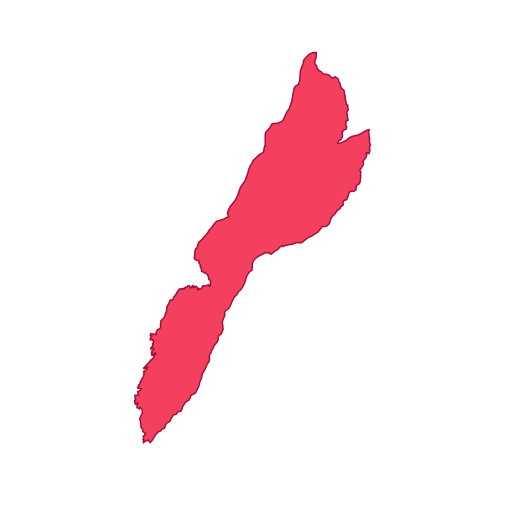 the district of Los Patios, Norte de Santander, Colombia, rotated 198°
{"feature_id": "7082276B52790830611795", "entity_name": "Los Patios", "entity_type": "district", "adm_level": 2, "iso_a3": "COL", "parent_name": "Colombia", "parent_adm1": "Norte de Santander", "projection": "equal_earth", "projection_center": [-72.512, 7.753], "detail": "fine", "context": "isolated", "style": "filled", "palette": "rose", "viewbox_px": 512, "rotation_deg": 198, "n_neighbors": 0, "source": "geoboundaries", "source_scale": "gbopen_adm2", "svg_char_len": 6073}
<svg xmlns="http://www.w3.org/2000/svg" viewBox="0 0 512 512"><g transform="rotate(198 256 256)"><path d="M261.5,468.2L265.0,466.9L267.9,464.2L271.0,457.6L271.0,455.6L270.6,454.2L270.6,452.6L270.9,450.6L270.9,445.2L268.8,437.1L268.6,433.0L268.9,432.1L271.0,429.6L271.6,427.2L269.8,413.9L269.9,406.6L271.3,401.7L272.2,393.6L272.7,392.3L276.2,389.1L281.5,386.8L281.9,385.6L282.5,382.1L284.8,377.2L285.0,375.2L281.7,364.9L281.7,361.7L281.0,357.6L281.6,356.2L283.3,354.5L284.7,352.5L288.3,345.6L288.6,342.8L289.5,339.3L289.7,335.6L289.4,332.5L289.6,324.8L292.0,316.4L292.2,308.1L292.7,303.8L294.7,297.8L295.8,295.5L296.5,290.2L296.4,287.7L294.1,284.9L296.2,283.2L298.6,280.6L304.1,276.9L305.8,273.4L307.0,269.3L308.6,266.0L309.0,263.7L310.5,259.6L312.3,255.5L314.5,251.6L314.9,250.3L314.6,245.7L315.5,244.4L315.5,241.5L314.5,237.5L314.4,236.1L313.7,234.5L312.6,233.7L308.6,233.6L308.3,232.2L305.9,229.8L305.6,228.4L303.6,226.4L303.4,225.0L302.9,224.5L301.2,224.5L299.7,224.0L298.9,224.6L297.9,223.8L296.4,223.5L295.7,222.3L295.2,222.1L293.7,219.1L292.2,218.7L291.1,217.8L291.1,216.9L290.8,216.5L290.6,214.5L290.0,213.9L291.0,212.8L291.5,213.1L291.9,213.9L292.4,213.9L295.6,211.5L297.2,211.4L298.1,207.5L299.8,207.3L300.0,206.5L300.6,205.9L301.5,206.1L301.3,207.6L302.7,208.1L303.3,208.7L303.9,208.1L304.8,207.9L305.3,206.9L305.7,207.0L306.0,208.1L306.8,206.8L307.3,207.8L308.3,205.4L310.1,207.0L310.9,207.0L311.6,206.4L311.9,205.2L313.7,204.4L313.7,203.0L314.6,203.1L315.0,202.2L316.1,202.1L316.6,201.3L317.3,201.7L317.9,201.1L318.9,200.8L319.1,199.3L319.6,198.3L319.6,197.3L320.2,196.5L320.0,195.5L320.4,194.9L320.4,194.0L321.5,191.7L321.7,188.9L321.9,188.5L323.8,187.6L324.2,186.9L324.2,183.9L325.0,180.9L324.7,178.5L324.1,176.1L324.2,170.1L324.6,168.4L326.4,165.2L325.7,161.4L324.7,158.8L325.3,156.8L326.9,155.6L327.4,153.6L327.2,151.3L326.7,151.2L326.6,150.4L332.1,149.7L331.9,147.6L330.3,147.7L330.7,147.2L330.6,145.6L331.0,145.5L330.8,143.7L327.6,144.2L327.6,143.5L327.1,143.4L326.8,141.9L327.3,140.6L326.9,139.6L326.5,139.9L326.3,138.6L326.7,137.6L327.2,137.3L327.1,136.8L327.5,136.5L327.2,135.0L326.0,136.2L325.0,136.5L324.2,135.9L325.6,133.6L325.3,133.2L325.6,132.0L324.9,131.9L324.7,131.6L324.6,131.3L325.2,131.3L325.2,130.7L324.6,130.6L324.6,129.6L323.3,129.8L322.0,132.8L321.2,132.5L321.0,131.7L322.0,128.9L322.1,127.5L323.7,124.5L324.4,124.1L324.3,121.9L325.2,121.1L328.2,114.7L327.0,114.3L325.2,116.8L324.6,116.5L325.0,115.2L324.6,114.9L325.7,112.5L326.9,112.1L327.1,111.3L326.5,111.0L326.6,110.3L326.0,108.7L326.0,107.3L325.7,106.4L326.6,103.6L326.2,103.3L326.8,102.2L326.9,100.8L327.1,100.8L327.2,100.6L326.7,100.4L326.6,99.2L327.0,99.0L327.2,97.6L327.6,97.4L327.7,95.6L327.3,95.6L327.7,94.4L327.3,94.4L327.3,93.8L324.8,94.3L324.5,94.1L323.9,94.2L323.8,93.8L324.1,93.1L326.6,90.3L326.1,89.4L325.1,88.3L324.7,87.4L328.1,86.2L328.0,85.6L327.5,85.0L327.4,84.0L326.2,82.6L326.5,81.8L326.0,81.4L326.7,80.8L325.8,78.7L324.4,77.7L323.7,79.2L322.6,80.4L323.2,78.0L322.9,78.0L322.4,75.0L320.2,74.9L319.8,74.5L319.6,76.0L318.4,75.8L316.7,74.5L315.7,72.1L316.1,67.8L316.0,66.4L316.3,65.9L316.4,65.0L315.9,64.7L315.0,63.3L312.9,59.2L312.7,57.8L310.2,55.9L309.5,55.2L309.5,54.2L309.0,53.8L306.7,53.4L306.2,53.0L306.7,51.9L306.6,50.9L307.5,49.9L306.5,47.3L306.7,46.5L305.7,46.2L306.0,45.2L305.3,43.8L304.1,45.6L301.4,47.7L300.1,46.4L299.0,45.9L297.9,48.2L296.3,54.8L295.1,57.6L294.3,59.0L293.1,59.4L291.7,62.7L289.8,63.9L289.6,68.5L289.0,69.8L286.8,72.1L286.7,74.2L285.5,79.0L284.7,79.9L283.0,80.7L282.3,83.3L279.3,85.4L279.1,90.5L278.0,94.8L277.2,96.1L275.1,98.5L274.8,99.9L274.9,101.8L274.5,103.5L271.2,107.1L270.2,114.4L270.5,118.6L270.1,123.5L270.8,127.8L270.1,129.0L269.4,133.6L269.1,137.6L268.2,140.8L268.0,142.2L268.5,144.1L269.5,146.4L269.5,148.3L268.8,150.9L269.1,152.3L268.3,155.0L268.2,157.5L267.9,158.7L267.0,160.4L266.1,163.9L266.2,165.4L267.0,166.5L266.9,167.6L266.4,169.3L265.6,170.2L264.9,171.6L264.6,176.1L267.6,182.7L267.7,185.9L267.3,189.2L267.6,190.8L268.3,192.6L268.3,193.6L267.7,195.1L266.3,196.6L265.6,198.4L265.1,200.1L264.8,204.8L264.0,210.1L262.3,213.3L261.6,217.0L260.0,219.4L259.0,223.2L258.5,226.8L258.6,233.9L258.4,235.4L257.2,239.0L255.5,241.1L256.0,244.5L257.1,247.1L256.9,250.6L256.1,253.0L254.0,256.0L247.8,262.3L246.8,262.2L244.4,263.2L243.5,262.4L242.2,262.4L241.1,263.9L240.4,265.4L237.3,269.0L235.9,272.2L234.4,273.8L233.7,274.1L233.5,273.8L233.5,274.3L232.3,274.3L232.3,274.5L226.7,277.7L225.0,278.3L223.2,280.2L221.2,281.4L217.3,282.4L216.4,283.1L212.3,289.4L209.3,292.1L205.0,297.3L203.9,299.2L202.3,303.9L201.5,304.7L198.8,305.7L198.0,306.4L196.2,309.5L196.4,314.3L196.0,316.5L193.7,321.1L192.8,324.5L190.8,326.9L190.4,329.6L188.8,331.3L189.7,333.6L189.8,334.9L189.5,336.1L187.6,337.2L187.1,337.8L186.8,342.3L187.1,344.4L186.9,345.5L186.1,346.6L183.1,347.7L181.6,349.3L181.4,349.9L181.9,351.6L181.8,352.7L182.4,354.2L180.6,355.9L180.0,357.0L179.9,358.2L180.6,362.6L181.8,366.0L182.2,368.0L182.5,368.7L183.5,369.1L183.7,370.0L182.9,372.5L182.9,373.7L182.4,374.8L182.3,376.3L182.3,377.0L183.5,379.4L181.9,383.7L181.9,386.3L183.1,388.2L182.7,388.8L181.1,388.2L180.1,388.4L180.3,391.4L180.4,392.3L181.7,394.4L181.5,397.2L183.2,399.1L184.3,402.9L185.5,404.7L186.1,406.8L187.1,407.9L187.2,410.1L187.6,411.2L189.2,410.1L194.8,404.0L197.2,402.0L201.2,399.7L203.1,398.1L204.6,396.3L205.0,394.9L208.5,391.3L211.5,388.8L212.9,388.5L212.9,390.7L212.4,391.8L211.2,393.0L210.7,395.7L211.1,398.0L212.1,399.5L212.1,400.7L211.4,403.1L209.7,404.1L209.4,404.6L209.9,407.4L211.6,408.6L211.4,410.5L212.2,412.3L212.0,412.7L210.5,413.2L210.5,413.8L211.2,415.2L211.8,415.6L212.5,418.1L213.8,420.0L213.9,421.4L213.5,423.6L214.9,426.0L215.2,427.5L215.5,427.9L216.5,427.7L216.9,428.1L218.0,430.4L219.5,432.8L220.9,436.2L221.7,437.2L223.6,440.8L227.2,442.4L229.6,446.3L231.1,447.5L232.2,449.3L233.5,450.3L235.0,450.4L236.0,451.0L238.4,448.6L242.1,450.5L243.4,450.6L245.9,450.6L247.9,449.6L251.2,451.5L253.5,451.9L256.1,453.6L257.0,455.4L259.4,457.2L260.1,458.5L260.3,460.0L260.1,462.7L261.5,468.2Z" fill="#f43f5e" stroke="#9f1239" stroke-width="1.5"/></g></svg>